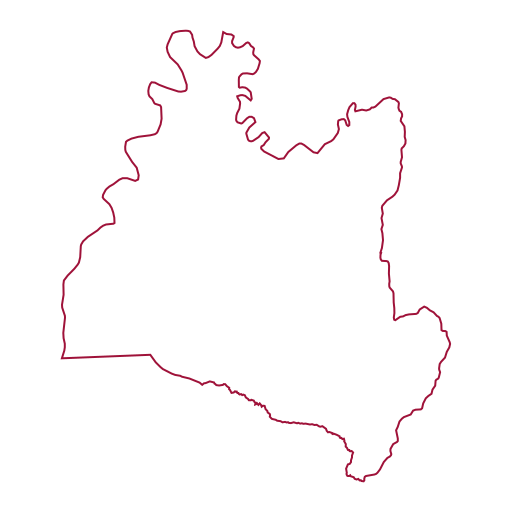 the district of Cartago, Valle del Cauca, Colombia
{"feature_id": "7082276B65356767722018", "entity_name": "Cartago", "entity_type": "district", "adm_level": 2, "iso_a3": "COL", "parent_name": "Colombia", "parent_adm1": "Valle del Cauca", "projection": "natural_earth1", "projection_center": [-75.902, 4.71], "detail": "fine", "context": "isolated", "style": "outline", "palette": "rose", "viewbox_px": 512, "rotation_deg": 0, "n_neighbors": 0, "source": "geoboundaries", "source_scale": "gbopen_adm2", "svg_char_len": 6010}
<svg xmlns="http://www.w3.org/2000/svg" viewBox="0 0 512 512"><path d="M440.1,372.2L439.2,369.7L439.1,368.3L439.7,364.0L441.1,361.8L445.0,357.6L446.8,351.8L449.3,347.4L450.1,343.9L449.7,342.2L446.8,335.6L446.6,331.9L445.5,331.1L442.6,330.9L441.5,330.1L441.3,323.7L439.6,318.0L438.4,316.7L437.0,316.0L433.6,312.3L429.8,310.3L426.9,307.8L424.2,306.6L419.7,309.5L417.7,313.1L416.1,313.9L409.0,314.4L405.6,315.1L403.1,316.4L400.2,316.8L395.3,320.2L394.2,319.7L393.8,317.5L394.4,313.1L394.3,308.2L393.7,302.4L393.5,293.3L393.0,291.4L389.7,287.6L389.3,286.4L389.2,283.9L389.6,281.4L388.9,273.6L389.1,266.1L388.7,263.1L387.8,261.5L386.6,261.1L381.9,260.8L380.8,259.4L380.4,257.7L380.5,254.8L381.1,252.9L380.4,252.7L381.9,248.1L383.0,240.2L382.4,233.2L381.4,229.1L382.8,224.9L381.5,218.1L382.8,213.6L381.8,207.8L382.3,205.8L387.0,200.3L392.4,196.7L394.6,194.7L397.5,190.5L398.8,185.3L400.1,177.8L400.1,173.2L402.0,167.4L401.9,166.3L400.7,163.4L400.7,161.9L402.0,157.3L401.4,149.8L401.7,148.4L403.9,146.2L405.4,143.5L405.6,140.1L404.7,136.9L404.9,131.9L404.4,126.3L400.7,120.9L401.1,118.3L402.1,116.4L402.1,114.2L401.1,111.8L399.5,110.8L398.9,109.5L398.4,107.7L398.9,103.3L398.4,102.0L394.9,99.2L392.6,98.9L390.8,97.7L389.2,97.4L383.5,99.1L375.4,106.6L373.4,107.5L371.7,107.5L369.8,109.4L366.2,110.5L362.0,109.7L355.4,111.3L354.9,109.9L355.6,106.6L355.5,104.7L354.4,103.2L352.9,103.2L349.5,107.1L348.2,110.2L347.1,114.2L347.4,116.9L349.3,122.0L349.3,125.1L348.1,126.0L346.7,124.9L345.2,120.3L343.8,119.1L341.6,119.3L338.6,120.4L338.2,121.1L337.9,124.5L338.9,129.1L337.8,133.0L333.4,139.3L331.2,141.1L324.8,144.2L317.5,153.1L313.5,152.3L304.1,145.0L301.3,143.5L299.4,143.5L296.3,145.3L288.3,152.0L283.8,158.4L278.4,159.0L264.1,151.5L261.3,148.8L261.1,147.5L261.5,146.4L263.7,145.1L265.5,142.3L268.9,138.8L269.0,137.5L264.6,132.2L262.3,133.0L258.6,137.1L253.1,140.8L251.6,141.3L250.2,141.2L248.8,140.6L248.0,139.5L246.3,133.6L246.4,132.6L249.3,127.5L255.4,122.1L254.0,118.2L251.7,116.8L249.3,116.8L247.0,118.3L242.3,123.1L241.2,123.5L237.5,122.3L236.3,120.7L236.1,119.5L236.4,115.6L237.2,113.0L239.4,108.7L240.1,103.6L240.0,101.8L237.7,98.0L237.2,96.3L240.5,95.2L242.5,95.1L245.3,95.9L250.7,100.4L251.7,98.8L250.7,92.3L250.0,91.4L247.0,88.6L245.2,87.6L242.3,87.2L239.7,87.7L238.9,87.0L238.8,79.9L239.0,77.3L239.6,76.4L241.5,74.3L242.9,73.5L247.0,73.3L252.7,74.2L254.2,73.5L255.9,72.0L257.9,68.8L259.6,63.2L259.9,61.0L258.7,59.4L253.9,55.1L253.3,54.1L253.2,52.3L254.0,48.6L253.2,47.5L250.9,45.9L249.2,43.2L247.8,42.4L246.2,43.0L242.7,46.1L240.0,47.3L237.9,47.7L235.8,47.2L233.9,45.9L232.1,43.1L232.1,41.1L233.7,37.0L233.7,36.1L231.4,34.5L226.6,34.0L223.2,32.1L221.3,42.4L219.8,46.0L217.7,48.6L211.5,54.9L208.4,57.1L205.8,57.9L200.0,54.2L197.4,51.4L194.6,46.2L193.8,41.5L192.5,37.6L192.1,34.8L190.0,31.5L188.1,30.9L185.8,30.7L179.9,31.1L175.6,32.0L172.9,33.3L172.3,33.9L167.6,44.4L166.8,47.6L167.6,51.8L170.1,57.1L177.7,64.4L181.5,70.5L182.6,72.7L186.7,84.8L186.7,88.7L186.2,90.1L185.0,91.0L181.0,91.7L178.3,91.5L167.1,87.9L159.3,84.9L154.9,82.6L151.6,82.3L150.2,84.1L148.9,87.4L148.3,90.9L148.6,94.3L149.5,96.4L152.3,99.1L154.3,103.1L155.1,103.8L160.2,105.4L161.1,107.1L161.6,118.7L160.6,124.4L157.6,131.7L156.6,133.1L154.9,134.2L150.2,135.3L138.3,136.8L131.5,138.6L127.4,140.6L126.0,141.8L125.2,146.7L125.3,149.9L125.8,151.8L132.1,161.9L136.7,167.7L138.7,175.3L138.1,179.5L135.2,180.9L127.2,178.2L122.6,178.2L119.3,179.7L113.4,184.2L109.4,186.5L106.6,188.9L105.5,190.2L103.1,194.8L102.7,197.3L103.7,198.9L109.4,204.2L111.6,207.9L113.2,212.5L114.3,217.7L114.5,223.0L113.5,223.7L106.0,224.5L103.1,225.7L100.5,227.5L97.5,230.4L87.9,236.8L83.1,241.3L81.2,244.5L80.8,246.1L80.2,257.2L78.9,262.6L77.7,264.6L74.4,268.7L67.7,275.5L63.9,280.5L63.4,284.4L63.6,294.8L62.0,304.8L62.2,307.6L64.9,315.8L65.0,317.7L63.3,332.9L63.6,338.2L64.8,343.7L64.8,347.3L64.3,350.6L61.9,358.3L150.3,354.8L155.7,362.3L160.4,367.0L162.9,369.1L171.7,373.6L175.1,374.9L180.3,375.8L181.9,376.7L189.4,378.5L199.6,382.6L202.2,384.8L204.0,383.3L205.6,383.1L209.8,381.4L214.1,382.5L214.5,383.6L215.3,384.0L216.3,385.1L219.1,385.5L222.9,384.9L223.7,384.1L225.2,384.2L226.9,386.2L229.2,387.8L229.1,389.2L230.0,390.0L231.5,392.9L233.7,392.5L235.0,391.3L236.1,391.9L236.7,391.6L237.4,393.0L238.4,393.0L238.8,393.9L239.7,394.5L241.1,394.1L242.2,395.1L243.2,394.6L244.8,395.2L245.8,397.4L248.2,399.1L248.8,400.2L250.8,400.3L251.3,399.8L253.8,400.6L254.4,401.9L255.5,402.8L255.2,404.5L256.2,404.1L256.9,403.1L258.4,404.9L259.7,403.4L261.1,405.1L261.7,406.7L263.0,405.7L264.6,405.9L265.6,409.2L267.3,410.9L267.7,412.5L269.7,413.9L270.1,415.1L269.8,416.7L271.9,418.9L275.8,419.8L277.1,420.7L280.6,421.2L282.5,422.3L285.0,421.9L286.8,422.5L288.0,422.2L288.9,422.9L290.9,423.1L293.7,422.3L297.1,423.3L298.2,422.8L300.2,423.6L301.9,423.3L303.3,423.8L305.6,423.6L310.0,424.5L312.1,424.2L314.5,425.0L316.7,424.8L319.2,426.4L320.3,426.7L322.4,426.2L326.0,428.8L326.7,430.8L328.0,432.3L329.3,432.0L332.1,433.0L332.3,433.8L332.9,434.1L333.5,433.6L336.7,434.8L339.6,436.3L339.8,437.6L340.4,438.0L341.4,437.9L342.4,439.1L343.9,438.7L344.4,440.6L344.2,441.3L345.8,444.1L345.7,446.6L347.0,447.9L347.9,449.9L349.3,450.0L349.6,451.0L350.2,451.3L351.6,451.0L353.1,452.5L352.0,455.5L352.0,457.4L351.0,460.3L351.0,462.1L349.7,463.9L347.9,464.4L346.1,468.7L346.8,472.8L346.5,473.9L346.7,474.7L347.3,475.8L347.9,476.0L349.2,476.0L350.2,475.3L350.6,476.2L353.7,477.2L354.7,478.8L356.6,479.5L358.3,478.9L359.6,480.4L360.8,480.2L361.4,481.0L363.6,481.3L364.3,480.4L364.3,478.5L364.8,476.8L366.0,476.0L374.5,474.5L376.1,473.9L377.4,472.8L380.0,469.4L383.8,462.0L387.4,457.9L389.9,456.5L391.0,455.2L391.3,454.1L390.4,451.0L390.5,448.9L393.2,444.1L397.1,441.9L397.8,441.0L397.8,438.5L396.1,430.3L397.7,427.0L399.5,421.5L401.9,418.7L403.9,417.1L410.7,414.5L413.1,410.6L415.6,409.7L420.8,409.4L422.1,408.3L423.2,403.4L425.8,398.3L428.4,395.9L431.5,393.8L432.5,389.6L435.2,385.7L435.6,380.7L436.3,379.7L438.2,378.6L438.8,377.5L440.1,372.2Z" fill="none" stroke="#9f1239" stroke-width="2"/></svg>